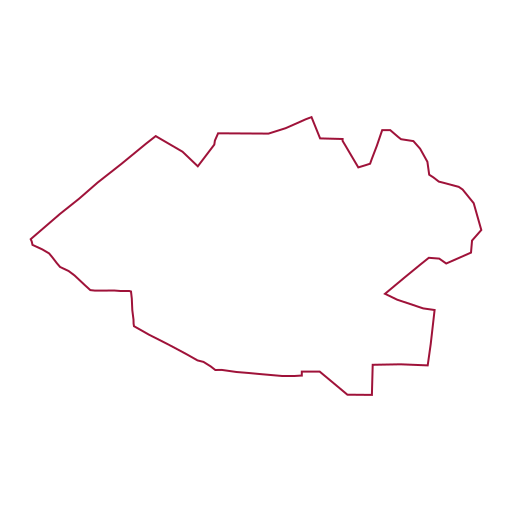 the district of Al-Mahaweel, Babil, Iraq, rotated 180°
{"feature_id": "34846034B9794416366933", "entity_name": "Al-Mahaweel", "entity_type": "district", "adm_level": 2, "iso_a3": "IRQ", "parent_name": "Iraq", "parent_adm1": "Babil", "projection": "albers", "projection_center": [44.636, 32.675], "detail": "fine", "context": "isolated", "style": "outline", "palette": "rose", "viewbox_px": 512, "rotation_deg": 180, "n_neighbors": 0, "source": "geoboundaries", "source_scale": "gbopen_adm2", "svg_char_len": 1379}
<svg xmlns="http://www.w3.org/2000/svg" viewBox="0 0 512 512"><g transform="rotate(180 256 256)"><path d="M481.3,272.8L480.3,270.6L479.5,267.1L469.7,262.6L462.9,258.6L459.5,254.5L455.3,249.0L451.9,245.0L443.4,241.0L437.4,236.5L427.2,226.9L421.7,221.9L417.1,221.4L407.7,221.4L398.0,221.5L391.6,221.0L382.7,221.0L381.0,220.5L380.2,213.4L379.7,201.9L378.5,192.3L378.4,188.3L378.0,185.8L362.8,177.2L345.0,168.2L325.1,157.6L314.5,151.6L308.5,150.1L301.3,145.6L296.7,142.0L290.3,142.1L275.5,140.0L263.2,139.0L252.7,138.0L229.8,136.0L221.4,136.0L217.5,136.0L211.3,136.4L210.2,136.4L210.2,140.4L192.3,140.4L164.6,117.3L140.1,117.1L139.3,147.2L111.4,147.7L84.3,146.6L81.3,167.8L77.4,202.0L88.8,203.6L114.8,212.3L127.0,218.2L125.9,219.1L107.8,234.2L91.2,247.8L83.2,254.2L72.8,253.4L65.8,248.5L53.0,254.1L41.0,259.4L40.0,270.9L40.0,271.4L30.7,282.0L38.3,308.8L49.4,322.5L53.2,325.1L68.8,329.3L73.2,330.4L78.6,334.6L82.8,337.3L84.6,350.2L91.9,363.3L98.6,370.9L111.0,372.8L113.9,375.1L121.8,381.9L129.8,381.9L135.2,366.1L140.3,352.8L141.9,348.3L146.5,346.8L153.7,344.6L160.4,355.9L166.4,366.1L169.4,371.1L169.4,373.0L191.9,373.6L200.5,394.9L206.3,392.7L226.4,383.8L243.5,378.4L293.9,378.7L297.1,371.4L297.7,367.4L314.2,345.7L329.5,360.3L356.3,375.9L366.0,368.3L390.6,348.1L414.3,329.5L432.9,313.3L452.0,298.1L479.5,274.4L481.3,272.8Z" fill="none" stroke="#9f1239" stroke-width="2"/></g></svg>